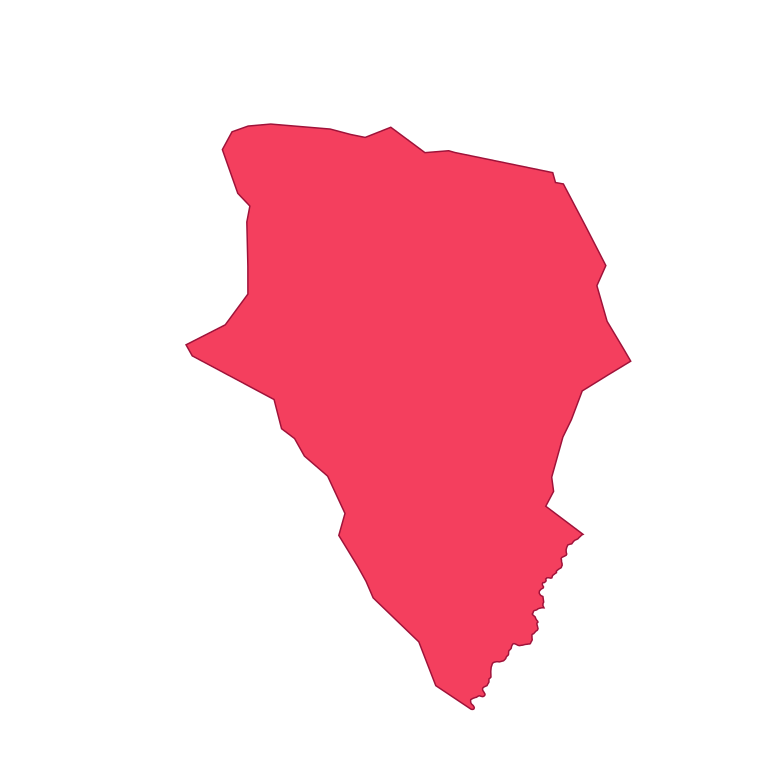 Duut, Hovd, Mongolia (Robinson projection), rotated 204°
{"feature_id": "93677404B66868147978654", "entity_name": "Duut", "entity_type": "district", "adm_level": 2, "iso_a3": "MNG", "parent_name": "Mongolia", "parent_adm1": "Hovd", "projection": "robinson", "projection_center": [91.265, 47.542], "detail": "fine", "context": "isolated", "style": "filled", "palette": "rose", "viewbox_px": 768, "rotation_deg": 204, "n_neighbors": 0, "source": "geoboundaries", "source_scale": "gbopen_adm2", "svg_char_len": 2919}
<svg xmlns="http://www.w3.org/2000/svg" viewBox="0 0 768 768"><g transform="rotate(204 384 384)"><path d="M315.8,645.7L413.4,624.3L419.8,623.4L440.7,612.0L482.2,621.3L501.5,601.6L515.9,598.4L536.9,595.0L581.7,579.4L593.2,575.4L613.0,564.4L625.4,552.6L627.0,532.4L595.1,498.7L578.9,492.0L575.2,476.2L556.2,436.1L544.9,410.8L553.1,373.5L580.8,339.3L570.6,331.7L478.1,325.1L459.4,301.5L443.5,297.8L427.4,285.8L398.0,276.9L367.0,249.9L363.7,227.3L333.8,206.7L320.1,196.4L306.9,184.2L247.3,162.6L214.0,129.5L187.8,125.0L172.1,122.3L171.0,122.6L170.3,123.0L170.0,123.3L169.7,123.8L169.8,124.9L170.6,125.8L171.9,126.6L172.9,126.9L174.0,127.3L175.3,128.4L176.1,130.0L176.4,131.0L175.6,132.0L174.7,133.2L173.8,134.0L173.0,134.8L172.1,135.4L171.5,136.4L170.8,137.4L170.0,138.0L168.1,138.2L166.7,138.5L166.1,139.0L165.5,139.9L165.3,140.9L165.6,141.8L167.5,143.2L169.2,144.3L170.0,145.6L170.0,146.9L169.1,148.3L168.0,149.5L167.2,150.4L167.2,151.8L167.0,153.1L166.9,154.4L167.8,156.4L168.1,157.4L167.4,158.7L167.1,159.8L167.6,160.8L168.3,162.3L168.9,163.5L169.6,165.0L170.0,166.2L170.4,167.4L170.9,168.9L171.0,170.4L171.3,172.9L170.3,174.6L167.9,176.3L165.5,177.1L164.5,177.9L162.2,179.8L161.5,181.5L161.1,182.7L161.3,184.0L161.0,185.3L160.3,186.8L160.3,187.7L161.2,190.0L161.4,191.4L160.8,192.5L160.3,194.1L160.8,196.7L160.6,198.8L159.7,199.7L158.4,199.9L157.2,199.9L155.9,199.8L155.1,199.8L153.8,200.1L152.2,201.2L151.0,201.9L150.1,202.7L148.9,203.6L147.2,204.6L146.3,205.2L145.0,205.9L144.7,206.7L144.7,208.5L144.5,209.8L144.6,210.7L145.2,211.7L145.6,212.4L146.0,213.3L146.8,214.9L146.8,215.5L146.4,216.2L145.8,216.6L145.4,217.8L144.7,220.0L143.9,221.2L143.7,222.0L143.8,223.2L145.2,225.0L146.8,227.0L147.0,227.9L146.6,228.6L146.5,229.1L147.2,229.8L148.2,230.2L150.1,231.5L151.0,232.6L153.1,233.3L154.6,233.8L155.0,234.5L154.8,234.9L154.8,235.8L155.0,237.0L154.6,238.1L153.3,239.2L152.6,239.8L151.9,241.2L150.8,242.3L148.6,243.9L146.8,244.6L147.5,245.2L148.7,246.2L149.5,248.3L149.4,249.7L152.4,254.5L154.3,254.5L155.5,254.9L157.2,256.1L157.8,258.1L157.1,260.3L156.2,261.6L155.6,262.4L155.7,263.5L157.5,264.8L158.1,265.9L158.0,267.2L156.8,267.8L155.9,269.4L156.1,270.7L157.0,271.6L156.3,273.2L155.0,273.9L152.6,274.5L151.8,275.2L152.1,277.6L150.6,280.4L149.7,281.8L150.4,283.0L149.9,284.4L148.7,286.5L147.5,288.1L147.4,289.3L147.6,290.1L147.5,290.9L147.9,291.6L148.3,292.4L148.9,293.1L149.6,294.0L150.0,294.7L150.2,295.4L151.2,296.4L151.0,297.9L149.2,300.0L147.9,301.7L147.9,303.0L149.0,304.3L150.2,306.6L150.6,309.0L150.6,310.3L150.6,311.8L148.8,313.4L147.5,314.3L146.8,317.4L145.9,319.2L144.6,320.5L143.8,321.6L143.3,323.3L142.6,324.7L142.1,326.3L141.0,327.6L186.5,338.1L185.4,354.9L192.9,367.1L199.0,408.3L198.3,427.6L200.1,458.3L182.9,483.6L181.7,485.3L167.9,505.2L179.7,513.7L205.7,532.0L229.5,560.4L229.5,582.4L264.6,610.6L301.5,639.7L309.3,637.8L315.8,645.7Z" fill="#f43f5e" stroke="#9f1239" stroke-width="1.5"/></g></svg>